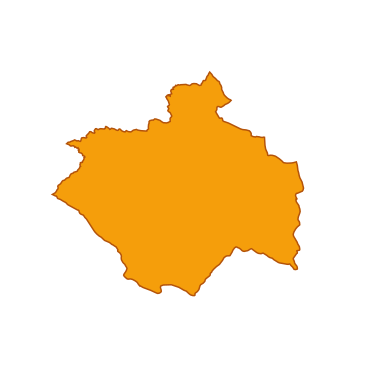 Gachetá, Cundinamarca, Colombia, rotated 125°
{"feature_id": "7082276B90187187212426", "entity_name": "Gachetá", "entity_type": "district", "adm_level": 2, "iso_a3": "COL", "parent_name": "Colombia", "parent_adm1": "Cundinamarca", "projection": "equal_earth", "projection_center": [-73.63, 4.871], "detail": "fine", "context": "isolated", "style": "filled", "palette": "amber", "viewbox_px": 384, "rotation_deg": 125, "n_neighbors": 0, "source": "geoboundaries", "source_scale": "gbopen_adm2", "svg_char_len": 6059}
<svg xmlns="http://www.w3.org/2000/svg" viewBox="0 0 384 384"><g transform="rotate(125 192 192)"><path d="M276.4,132.0L275.6,130.7L274.9,130.4L273.6,131.2L272.9,131.3L270.5,130.5L268.0,130.4L264.1,131.7L262.8,131.7L260.4,130.6L258.4,130.3L257.6,130.3L256.5,130.8L255.2,130.9L250.6,129.5L249.6,129.5L248.3,130.3L247.7,130.3L246.7,129.9L245.4,130.2L242.9,130.0L239.0,129.2L235.6,128.0L230.6,127.8L227.3,128.1L224.9,127.2L224.1,126.5L222.8,124.8L222.3,124.4L218.2,124.7L216.4,125.1L213.5,125.1L211.8,124.5L211.4,123.7L211.3,122.5L210.9,121.0L211.0,119.0L211.3,117.5L211.2,116.3L210.7,115.2L208.1,112.7L204.9,111.3L204.3,110.7L204.5,104.5L204.2,102.5L203.0,100.1L201.7,99.1L201.3,98.7L201.2,98.2L201.0,94.2L201.2,92.5L201.1,90.9L200.2,88.1L200.5,86.3L200.2,80.9L199.9,79.7L196.8,73.0L196.1,71.7L195.2,71.0L194.9,70.6L195.5,68.6L195.8,66.5L196.8,64.0L196.1,62.6L194.9,61.6L194.5,61.6L193.3,62.6L192.6,63.6L191.5,67.0L190.1,68.5L188.9,70.5L188.2,71.0L182.7,71.0L181.7,70.7L180.8,71.3L180.3,72.2L179.9,72.4L178.3,70.8L177.9,70.6L177.4,70.7L176.5,71.4L175.2,72.7L174.6,73.9L174.0,75.4L172.8,77.1L171.9,79.1L169.9,83.5L168.5,84.9L166.2,85.6L162.7,85.9L160.3,85.7L157.1,84.9L155.2,86.5L154.7,87.3L153.9,89.3L153.0,89.9L151.2,90.7L148.0,91.5L146.0,92.2L144.1,93.9L142.8,95.7L141.8,96.7L140.3,100.7L139.4,101.9L138.1,102.8L137.9,102.6L137.9,102.1L137.4,102.1L136.2,104.4L135.2,105.4L134.2,105.7L133.2,105.6L132.4,104.8L128.0,102.1L126.5,102.2L125.5,102.7L124.9,102.8L120.7,107.6L118.5,111.8L117.0,113.7L115.0,115.8L113.5,117.7L109.8,121.0L107.5,123.8L110.2,126.1L111.3,127.3L113.9,130.7L115.3,133.4L115.4,134.2L115.0,136.2L114.7,139.7L114.8,144.1L115.3,145.7L116.0,147.5L117.0,149.0L118.2,150.2L118.5,151.0L116.9,152.5L114.6,156.3L111.9,159.0L105.6,164.0L106.0,164.8L106.9,165.6L107.8,167.1L108.1,168.2L109.6,171.1L110.5,171.5L111.6,173.8L111.9,175.8L110.0,177.2L109.3,178.6L109.0,180.2L110.1,183.2L111.8,186.3L112.5,188.5L114.6,201.7L116.0,206.6L115.9,207.8L114.7,208.9L114.3,209.8L114.4,210.2L115.7,211.7L115.7,212.1L112.7,218.7L111.6,218.7L110.3,218.9L108.3,220.2L107.3,220.0L106.7,219.2L106.2,217.3L105.6,216.6L103.1,215.5L101.4,215.1L98.9,213.6L97.0,212.9L94.5,212.5L94.4,213.3L94.8,215.1L94.8,217.0L94.4,219.6L94.1,221.0L93.5,222.4L92.8,223.2L91.0,226.5L89.2,227.8L88.1,229.4L87.3,231.4L86.3,232.5L86.0,233.2L86.2,235.0L85.6,237.7L85.3,241.1L84.3,243.2L83.6,246.3L85.5,246.2L87.0,245.8L88.7,246.0L92.6,245.0L93.2,245.2L94.1,246.5L94.5,246.6L96.6,246.2L98.0,246.4L98.7,245.9L99.2,245.9L100.5,247.0L100.8,250.5L102.1,252.7L103.4,254.0L105.6,254.6L106.1,255.0L107.0,257.2L107.3,258.6L110.6,262.8L111.5,263.5L112.1,264.9L113.6,265.5L114.0,265.8L113.9,266.4L114.1,266.4L116.7,266.7L117.1,267.1L116.9,267.4L117.1,267.5L118.1,267.0L118.6,266.2L119.8,267.6L120.2,267.5L120.6,267.6L121.5,267.3L123.2,265.0L123.7,265.4L124.6,265.6L125.3,266.4L125.1,265.4L126.0,264.8L126.3,266.2L127.5,267.8L128.3,267.9L128.9,267.5L129.1,267.8L129.4,267.4L129.4,267.0L130.0,266.2L130.0,266.6L130.2,265.6L131.0,263.7L133.3,260.7L134.1,260.5L135.9,261.1L136.2,260.8L136.9,259.0L137.7,258.7L139.1,258.5L139.6,257.6L139.5,255.5L141.3,252.2L141.9,252.0L143.9,252.2L144.5,252.0L146.7,250.3L148.0,251.1L148.6,251.2L149.1,251.8L150.0,252.4L151.7,255.3L151.8,257.4L151.7,259.4L152.9,263.4L153.6,264.5L155.3,264.9L155.9,265.9L157.6,267.4L158.8,267.6L159.4,267.3L160.2,266.6L161.4,266.4L163.9,265.0L165.2,263.8L166.5,264.2L167.8,264.3L167.9,264.1L168.3,264.4L171.1,269.1L172.5,272.2L172.6,273.4L175.0,275.5L177.4,276.3L178.1,276.9L179.1,278.9L179.4,281.0L180.1,281.2L180.8,281.1L181.5,281.9L182.1,283.8L182.1,284.8L181.8,286.8L181.8,287.3L182.5,287.9L183.6,287.9L184.1,288.1L184.6,289.2L184.9,291.9L185.9,294.4L186.2,294.7L187.2,294.8L187.9,295.3L187.6,296.1L187.5,297.0L187.5,299.2L187.7,300.1L188.3,300.2L189.5,299.5L189.9,299.6L190.2,300.0L190.7,300.0L192.5,303.1L193.2,303.8L194.8,304.7L195.0,306.7L195.5,307.3L197.7,307.3L198.4,306.7L199.0,305.7L199.7,305.6L200.0,306.0L200.7,307.9L200.5,308.8L200.9,310.0L201.4,310.4L203.0,310.3L206.5,310.9L207.1,310.5L207.7,309.5L208.0,309.5L208.7,310.0L209.5,311.9L210.8,313.3L211.5,313.4L213.1,312.7L214.3,312.4L214.6,312.5L214.9,313.3L215.2,314.6L216.2,315.6L216.6,318.0L217.8,318.6L220.4,320.4L221.2,320.7L222.3,322.0L224.4,322.4L223.7,319.4L224.0,318.1L223.7,317.4L222.2,315.8L222.1,314.8L222.6,313.6L221.9,313.3L222.0,311.4L221.1,310.8L221.3,310.5L221.8,310.2L221.6,309.6L221.8,309.0L222.4,308.6L223.0,309.0L223.4,308.1L224.3,307.6L224.2,306.5L223.7,305.2L223.7,304.2L224.0,303.2L224.8,302.5L224.8,302.0L224.5,301.5L224.4,300.3L225.0,299.8L225.3,300.2L225.7,300.3L226.6,299.5L228.6,299.1L229.7,299.3L230.6,298.8L231.8,300.1L232.3,300.2L233.0,299.5L233.6,299.6L234.6,298.7L234.9,298.0L235.4,298.2L236.2,298.2L237.0,297.8L239.6,298.2L240.5,297.9L241.4,298.3L243.6,300.1L244.5,300.1L245.3,300.7L246.7,301.5L247.9,301.5L250.5,301.0L252.7,302.7L255.5,303.2L256.5,304.2L257.6,304.5L260.7,304.4L263.4,305.4L264.5,305.1L264.9,304.5L265.8,303.8L266.8,303.6L267.7,303.8L269.4,303.5L271.1,303.6L274.1,305.0L273.6,301.6L273.1,300.7L273.4,300.3L273.6,299.5L274.2,298.7L274.3,298.1L273.6,295.6L273.4,292.2L273.1,289.8L273.1,288.9L273.6,286.9L273.6,286.1L272.4,275.4L272.0,274.5L272.2,273.9L273.1,272.9L273.8,271.6L273.9,270.6L273.3,267.6L274.3,265.1L274.7,262.9L279.9,250.1L280.4,248.7L281.0,246.0L281.3,242.9L281.1,240.5L281.8,235.9L280.7,230.6L280.9,227.6L280.7,226.6L280.6,223.0L280.5,222.9L280.5,222.7L281.8,219.6L282.6,219.3L283.2,218.7L283.3,216.0L284.1,214.1L285.1,213.0L286.7,212.1L288.0,210.9L289.2,208.5L289.6,207.1L289.8,205.4L290.4,204.5L291.3,202.3L291.9,201.4L293.8,200.8L295.4,200.6L298.1,200.6L299.3,200.3L300.0,199.0L300.4,195.7L300.1,194.4L298.6,192.7L297.9,191.1L297.7,190.3L297.4,187.8L297.4,185.7L297.6,184.7L298.5,182.6L298.9,180.8L298.6,180.8L298.3,177.4L296.2,169.2L295.1,163.0L294.7,161.8L293.5,160.7L292.1,160.1L291.3,160.1L290.8,160.3L289.7,161.4L288.5,163.0L287.3,163.6L286.7,163.6L284.6,162.1L279.8,155.7L277.6,148.1L277.1,142.3L276.5,139.8L277.0,136.3L277.1,134.2L276.4,132.0Z" fill="#f59e0b" stroke="#b45309" stroke-width="1.5"/></g></svg>